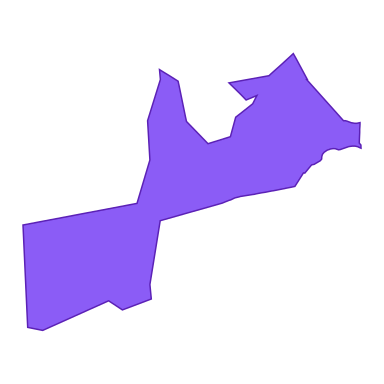 the district of San Andrés Ixtlahuaca, Oaxaca, Mexico
{"feature_id": "50627088B44383095655598", "entity_name": "San Andrés Ixtlahuaca", "entity_type": "district", "adm_level": 2, "iso_a3": "MEX", "parent_name": "Mexico", "parent_adm1": "Oaxaca", "projection": "mercator", "projection_center": [-96.838, 17.059], "detail": "fine", "context": "isolated", "style": "filled", "palette": "violet", "viewbox_px": 384, "rotation_deg": 0, "n_neighbors": 0, "source": "geoboundaries", "source_scale": "gbopen_adm2", "svg_char_len": 1643}
<svg xmlns="http://www.w3.org/2000/svg" viewBox="0 0 384 384"><path d="M42.7,330.4L108.6,300.8L122.4,309.9L151.3,299.0L149.9,284.5L154.2,257.9L160.2,220.7L185.9,213.4L222.3,203.1L225.4,201.8L227.5,201.0L228.9,200.4L230.7,199.9L234.6,198.0L235.2,197.8L239.0,196.9L240.2,196.5L252.7,194.5L254.4,194.3L255.9,193.9L257.9,193.5L261.6,192.8L265.1,192.3L272.0,190.9L273.1,190.8L276.7,190.1L283.2,188.8L285.0,188.5L285.5,188.3L290.8,187.3L294.9,186.4L303.4,173.0L303.8,172.9L304.8,173.1L311.4,165.1L311.6,164.9L314.3,164.3L314.9,163.9L315.2,163.7L316.6,162.9L319.0,161.5L320.2,160.8L320.9,160.0L321.6,159.2L321.7,158.6L321.7,157.6L321.8,156.7L322.0,155.8L322.5,154.3L322.8,153.9L323.0,153.6L323.4,153.2L324.1,152.3L324.7,151.9L325.4,151.4L325.7,151.2L326.0,151.0L326.7,150.5L326.8,150.4L327.2,150.2L327.8,149.9L329.0,149.6L330.4,149.0L333.1,148.6L335.4,148.7L336.4,149.1L337.7,149.5L338.4,149.8L340.1,149.6L344.4,148.1L347.3,147.1L348.7,146.6L352.3,146.1L355.0,146.1L357.7,146.7L360.0,147.8L361.0,148.2L360.9,145.0L359.3,143.1L359.3,141.8L359.5,136.8L359.7,132.5L359.7,129.3L359.9,126.3L360.0,124.1L360.0,122.6L358.3,123.0L356.6,123.3L354.8,123.3L351.2,122.7L347.2,121.2L345.4,120.7L343.5,120.7L306.6,79.5L307.3,79.4L295.9,58.2L293.3,53.6L286.9,59.5L281.1,64.8L270.8,74.0L269.0,75.7L229.0,82.9L241.2,94.9L246.1,100.0L256.9,95.5L252.7,103.8L240.2,113.7L235.7,117.2L230.4,136.7L208.0,143.7L186.5,121.5L185.5,117.0L179.0,85.3L178.4,82.7L178.3,82.0L178.2,81.7L178.1,81.2L169.1,75.5L165.8,73.5L163.5,72.1L159.5,69.6L160.4,79.5L147.6,120.7L149.9,160.0L137.0,203.4L23.0,225.0L27.7,327.4L42.7,330.4Z" fill="#8b5cf6" stroke="#5b21b6" stroke-width="1.5"/></svg>